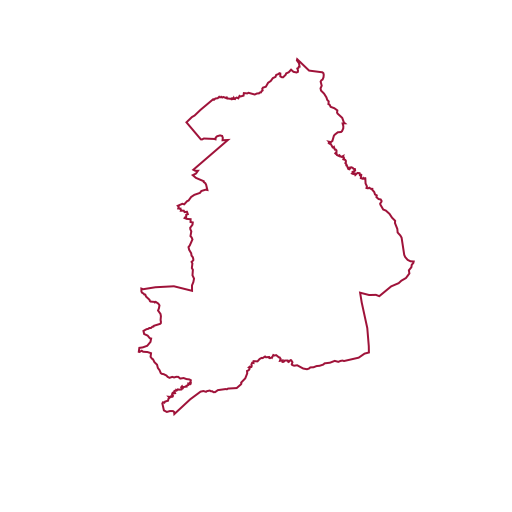 Mpohor, Western, Ghana, rotated 139°
{"feature_id": "2480657B89256099008264", "entity_name": "Mpohor", "entity_type": "district", "adm_level": 2, "iso_a3": "GHA", "parent_name": "Ghana", "parent_adm1": "Western", "projection": "orthographic", "projection_center": [-1.858, 5.058], "detail": "fine", "context": "isolated", "style": "outline", "palette": "rose", "viewbox_px": 512, "rotation_deg": 139, "n_neighbors": 0, "source": "geoboundaries", "source_scale": "gbopen_adm2", "svg_char_len": 6120}
<svg xmlns="http://www.w3.org/2000/svg" viewBox="0 0 512 512"><g transform="rotate(139 256 256)"><path d="M422.1,206.6L423.4,206.2L426.8,199.9L425.6,196.8L422.8,195.5L420.4,193.4L420.1,192.0L421.3,190.3L399.6,191.0L386.8,190.0L384.3,188.6L382.8,186.3L381.7,186.2L379.2,184.8L378.7,183.4L377.8,182.7L377.4,181.1L376.2,180.1L372.8,179.8L366.2,175.5L365.4,174.5L364.1,174.3L357.2,169.0L351.7,169.0L350.9,169.2L350.2,170.2L344.4,170.7L339.6,173.2L338.2,175.1L336.6,174.6L335.2,174.9L334.2,175.8L334.5,176.6L333.3,176.6L333.1,175.7L332.3,175.3L331.3,175.9L330.7,177.1L329.0,177.9L328.3,177.1L328.1,177.7L327.5,177.5L326.8,178.2L324.0,175.5L320.8,175.9L318.6,175.4L318.0,174.6L315.1,174.2L314.9,173.0L312.4,171.2L312.9,170.3L312.5,169.7L310.6,169.2L310.6,168.8L307.9,169.9L307.5,168.9L305.8,167.9L305.2,164.4L304.7,164.0L304.9,162.3L306.7,161.2L304.4,159.8L305.5,158.8L305.3,158.4L304.4,158.0L302.9,158.2L300.6,156.3L300.5,155.8L301.1,155.2L300.9,154.6L298.3,154.8L297.8,154.2L298.2,151.9L300.1,150.8L300.2,150.0L299.2,148.2L296.6,146.5L294.2,140.1L291.8,137.1L289.9,136.3L288.1,136.3L285.6,134.3L282.5,133.2L280.0,131.4L276.4,129.9L274.7,130.0L270.1,126.9L265.4,125.2L263.3,122.1L261.1,121.4L259.3,120.3L258.5,119.0L245.2,111.9L238.1,111.1L234.1,109.1L230.0,114.0L219.3,128.6L206.7,151.6L201.5,160.0L196.2,152.3L191.0,148.0L189.3,144.8L173.9,144.4L166.1,141.9L162.5,142.0L157.3,141.0L151.7,142.2L150.0,144.9L146.1,145.6L144.2,147.2L141.9,147.5L140.6,148.4L142.9,150.7L144.1,153.6L144.1,157.3L143.4,159.6L134.1,174.3L133.6,176.8L133.7,180.8L131.6,183.7L129.5,189.7L127.9,191.3L128.2,195.7L127.6,200.2L128.2,205.1L129.5,207.6L128.4,213.3L127.9,214.1L125.6,214.7L125.1,215.2L124.8,216.9L126.1,218.5L126.5,221.4L125.1,222.5L125.8,224.4L124.8,226.7L124.8,229.9L124.2,230.4L125.4,231.6L125.6,233.1L127.1,233.6L128.0,234.8L126.6,235.8L125.7,238.9L122.7,242.7L123.3,243.1L123.0,243.4L123.9,243.9L123.9,244.5L124.8,244.3L125.8,246.0L123.3,248.2L123.5,248.7L124.5,249.0L123.5,250.6L124.9,252.1L127.9,252.0L127.3,253.6L128.8,254.0L129.4,255.3L128.0,255.5L127.8,256.1L125.9,255.5L125.3,256.2L124.9,255.8L124.3,256.7L125.2,257.8L125.2,259.2L126.0,260.6L128.7,260.2L129.1,260.9L128.3,261.7L129.0,261.9L128.0,264.9L128.3,265.2L127.7,265.8L127.6,267.5L126.9,267.6L125.8,268.8L125.6,269.9L126.6,271.6L125.3,272.1L125.1,272.9L125.6,273.1L125.6,273.8L124.7,274.3L126.6,274.8L126.8,275.9L127.3,276.2L127.1,276.9L127.6,277.2L127.3,277.5L128.1,277.8L128.7,279.2L128.1,280.3L128.8,280.8L128.8,281.5L127.1,281.6L126.0,282.9L126.0,284.0L126.7,284.6L125.7,287.1L126.6,287.0L126.9,287.6L125.9,292.4L126.8,292.5L127.0,293.5L126.0,293.9L126.0,294.4L124.8,292.8L122.9,292.7L118.4,295.6L117.1,295.9L113.1,295.7L110.5,293.8L109.1,293.8L106.4,295.1L104.9,296.7L103.7,299.2L101.9,297.8L102.1,299.0L100.3,303.7L101.0,310.0L100.7,311.1L99.1,312.5L99.9,316.1L101.8,319.6L101.2,321.9L101.7,323.1L99.7,325.0L99.8,327.1L98.8,329.5L98.1,333.9L98.4,338.2L97.3,340.2L94.7,341.4L92.8,345.2L91.5,345.7L90.0,345.5L87.8,346.6L86.0,348.3L85.2,349.8L85.4,351.1L94.3,361.1L95.8,377.5L96.8,376.8L97.1,373.3L98.9,370.3L99.6,370.7L100.7,370.1L101.8,370.4L102.5,368.6L103.6,367.5L105.0,367.9L106.9,370.4L107.3,373.6L110.8,373.2L113.4,374.0L114.8,373.3L118.3,373.1L119.2,373.9L119.8,375.6L117.9,377.8L118.4,378.6L120.1,378.7L121.9,379.4L123.8,378.4L126.6,379.2L130.1,378.4L133.2,378.8L137.5,377.3L140.3,378.5L141.6,378.1L142.4,376.6L143.8,376.7L144.9,376.2L146.0,376.9L147.1,376.8L148.6,378.0L151.0,378.7L154.6,384.1L155.9,384.4L158.3,386.9L160.2,385.2L163.1,386.6L163.4,387.6L165.9,386.6L166.6,388.2L168.2,388.6L168.9,388.2L169.4,388.8L169.1,389.9L170.1,389.4L171.4,390.2L170.9,390.9L172.2,391.4L174.3,393.8L174.0,394.9L174.4,395.1L174.8,394.5L176.3,397.4L177.4,397.7L177.8,398.9L178.3,398.8L179.4,399.7L179.4,400.3L181.4,400.2L183.3,401.5L185.3,401.5L185.5,402.4L202.0,402.7L210.2,402.3L213.2,402.9L220.8,402.5L221.1,380.2L220.1,379.3L218.3,378.9L210.7,371.7L210.0,370.6L208.7,371.8L206.8,371.9L204.0,370.6L202.8,368.8L203.5,367.0L205.3,365.3L201.1,362.0L246.7,362.2L245.9,360.1L243.9,358.4L247.2,357.6L250.7,358.5L250.1,354.4L246.4,346.7L246.9,346.1L246.5,344.2L246.9,342.5L249.4,337.7L250.5,339.1L254.6,340.9L256.9,340.4L262.4,342.6L266.2,343.1L270.6,342.1L271.9,342.6L276.3,342.1L277.3,343.7L282.1,345.2L282.1,343.8L283.5,342.9L281.9,341.3L282.4,340.8L282.3,339.7L282.9,339.4L280.8,337.6L281.1,336.0L279.1,334.7L280.0,332.3L281.6,332.9L283.4,331.0L284.3,331.7L285.0,331.5L283.9,329.4L281.2,326.7L283.1,324.6L281.7,322.8L283.4,321.3L287.1,320.5L288.0,319.3L288.7,317.0L292.4,314.0L292.4,312.2L293.1,310.2L299.1,307.4L301.1,307.0L302.4,304.5L303.1,300.6L304.4,298.6L304.5,296.5L305.4,294.7L306.2,293.9L308.5,293.8L308.9,292.1L312.3,289.0L312.7,287.0L316.6,283.1L317.6,279.6L320.4,277.4L323.6,275.8L327.1,271.7L337.8,287.0L352.4,298.4L363.0,305.0L363.9,306.6L365.8,304.3L366.1,303.1L365.5,301.4L365.6,300.3L364.9,299.5L365.6,297.5L365.1,292.9L365.6,291.7L365.5,290.8L362.8,288.0L362.8,287.3L361.8,287.2L361.0,284.3L361.1,282.7L361.3,282.0L363.6,280.2L365.7,279.1L366.1,274.9L367.3,272.9L370.0,270.3L371.0,268.6L372.0,267.7L372.9,267.7L378.8,270.3L379.7,270.0L380.4,270.6L382.6,270.6L383.8,271.7L384.8,271.6L386.7,272.6L390.1,273.3L391.6,270.5L390.0,267.0L390.1,263.6L389.3,262.5L392.0,260.4L397.0,259.6L401.4,261.3L404.3,263.2L407.3,260.6L406.9,260.0L404.4,259.5L404.0,257.8L400.9,254.7L399.0,251.5L401.7,249.1L401.9,246.7L401.5,245.6L402.3,242.5L402.0,238.9L403.5,235.9L403.7,233.1L404.7,230.1L404.4,228.9L403.2,227.4L402.0,224.5L402.0,222.8L401.2,220.8L398.5,219.7L397.5,218.1L395.4,217.1L394.0,215.8L393.6,213.2L390.7,211.4L389.2,208.7L387.3,206.6L386.7,205.0L388.0,203.9L389.2,203.8L388.5,203.0L389.2,202.4L390.1,202.5L390.9,204.1L392.0,203.1L393.6,203.7L394.1,203.0L396.5,204.6L397.7,204.3L397.3,206.2L398.6,206.0L398.9,204.7L399.9,204.2L402.0,205.8L402.4,206.6L404.1,206.5L404.2,207.3L404.8,207.0L406.0,207.7L406.5,207.4L407.1,205.6L408.1,206.2L408.1,207.3L408.7,207.4L410.1,206.7L410.4,204.9L411.3,204.6L412.0,205.8L412.7,205.4L414.3,207.1L414.3,205.7L415.9,205.6L417.3,204.5L420.2,205.8L421.4,205.4L422.1,206.6Z" fill="none" stroke="#9f1239" stroke-width="2"/></g></svg>